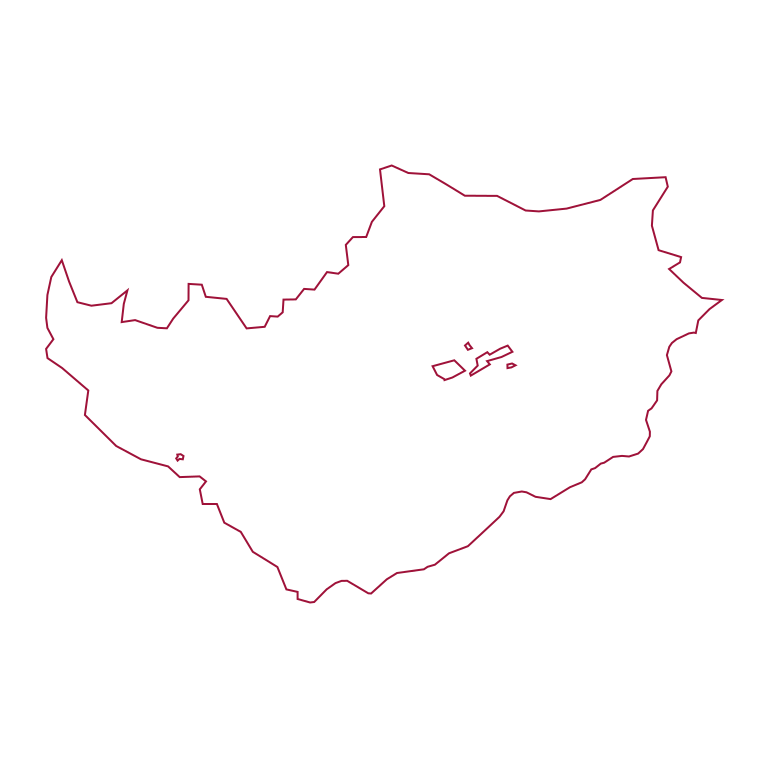 the district of Akhangaran, Tashkent, Uzbekistan
{"feature_id": "79887680B39999061670418", "entity_name": "Akhangaran", "entity_type": "district", "adm_level": 2, "iso_a3": "UZB", "parent_name": "Uzbekistan", "parent_adm1": "Tashkent", "projection": "natural_earth1", "projection_center": [69.986, 40.976], "detail": "fine", "context": "isolated", "style": "outline", "palette": "rose", "viewbox_px": 768, "rotation_deg": 0, "n_neighbors": 0, "source": "geoboundaries", "source_scale": "gbopen_adm2", "svg_char_len": 2326}
<svg xmlns="http://www.w3.org/2000/svg" viewBox="0 0 768 768"><path d="M632.8,179.0L600.4,199.9L566.6,208.6L538.9,211.4L525.6,210.5L497.1,195.9L464.8,195.7L446.5,184.5L429.2,174.3L408.3,173.0L391.7,165.5L380.0,169.4L384.3,206.2L371.9,221.8L366.2,237.0L352.9,237.1L345.8,244.9L348.3,265.1L338.3,273.7L327.0,272.1L314.5,289.6L304.1,288.9L295.8,299.4L283.5,299.6L282.7,312.3L277.7,316.6L270.1,316.1L264.7,326.8L246.6,328.4L226.6,298.9L205.8,296.8L201.8,284.7L188.6,283.9L188.5,300.3L173.2,318.6L166.9,328.3L157.4,327.8L135.1,320.1L121.7,322.1L123.8,303.9L127.4,290.4L111.5,303.2L91.4,305.7L77.4,302.2L69.1,281.6L61.8,260.2L51.3,277.0L47.4,295.0L46.1,317.8L47.4,327.9L53.4,339.2L46.1,348.9L47.5,358.1L62.1,368.0L88.3,390.5L84.9,415.0L116.2,446.0L141.0,459.3L168.1,466.4L179.7,477.1L199.6,476.4L206.0,481.4L199.8,489.3L202.7,504.0L216.9,504.0L224.3,522.7L240.8,531.9L252.8,551.8L277.4,567.0L286.4,589.4L297.6,591.9L297.6,599.0L310.1,602.5L314.2,602.0L326.7,589.3L335.5,583.1L341.5,580.9L347.2,580.8L368.3,593.3L371.1,593.5L386.8,579.3L397.0,573.0L423.9,569.3L427.6,566.8L434.9,564.7L449.0,553.3L467.9,546.2L487.2,528.3L499.5,516.8L503.6,511.3L507.4,500.3L509.9,496.3L513.9,492.9L521.8,491.5L526.5,492.3L535.5,496.8L550.6,499.1L570.0,487.2L581.8,482.3L585.1,479.3L591.3,469.4L595.1,468.1L600.8,463.6L604.2,462.7L613.1,456.9L622.0,455.9L629.0,456.5L638.1,453.6L643.0,449.1L646.5,442.6L649.8,436.3L649.9,431.7L646.0,419.9L648.1,410.8L651.6,408.3L657.1,400.4L657.4,390.9L661.3,384.3L669.4,375.4L671.4,371.4L666.9,355.1L669.3,346.8L671.9,343.0L676.6,339.2L680.0,337.6L688.9,333.4L693.9,332.6L695.8,333.0L698.3,320.4L709.5,309.1L721.9,300.0L701.9,297.9L683.5,282.7L669.1,269.0L680.0,262.4L681.1,257.1L658.6,250.2L651.9,225.7L652.9,210.4L667.8,186.7L665.6,177.2L632.8,179.0ZM452.4,377.5L444.5,380.1L444.3,379.1L437.1,375.0L432.6,366.2L454.3,360.3L465.0,370.7L452.4,377.5ZM512.4,351.8L501.5,357.0L487.1,361.1L489.8,364.4L470.8,375.6L470.0,373.4L477.7,365.6L476.4,358.8L487.3,352.2L489.7,354.7L500.2,348.7L507.7,345.6L512.4,351.8ZM183.5,456.0L182.8,459.3L179.5,458.9L177.6,460.6L176.2,458.4L177.8,456.5L177.3,454.6L180.7,454.2L183.5,456.0ZM472.0,348.2L467.9,349.8L465.0,345.5L468.2,342.7L469.6,345.2L472.0,348.2ZM511.4,367.4L507.5,368.1L507.4,364.6L512.1,363.5L515.5,365.3L511.4,367.4Z" fill="none" stroke="#9f1239" stroke-width="2"/></svg>